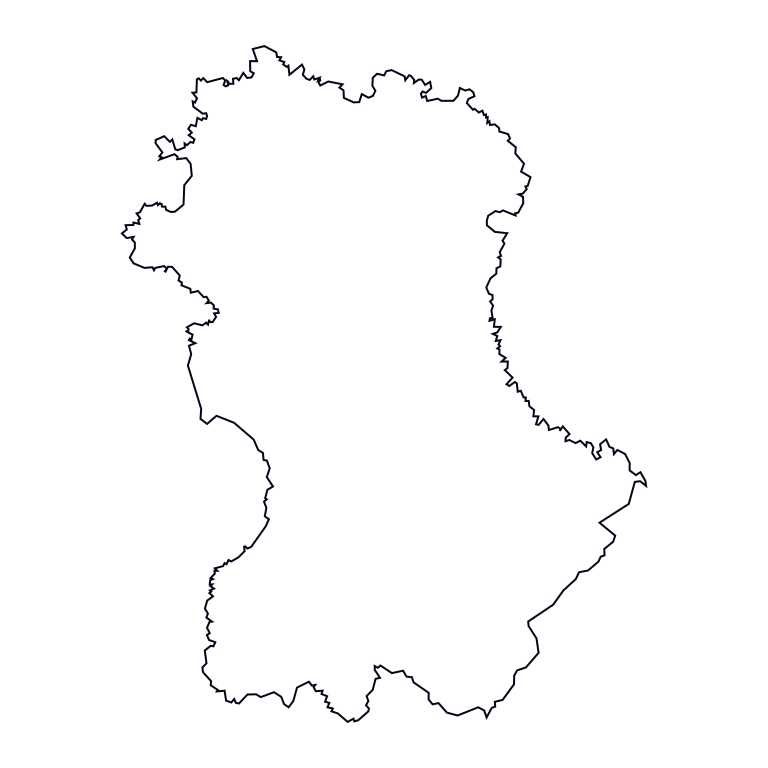 outline of Santo Amaro Abade, Tarrafal, Cabo Verde
{"feature_id": "66160863B37752467633472", "entity_name": "Santo Amaro Abade", "entity_type": "district", "adm_level": 2, "iso_a3": "CPV", "parent_name": "Cabo Verde", "parent_adm1": "Tarrafal", "projection": "mercator", "projection_center": [-23.726, 15.266], "detail": "fine", "context": "isolated", "style": "outline", "palette": "ink", "viewbox_px": 768, "rotation_deg": 0, "n_neighbors": 0, "source": "geoboundaries", "source_scale": "gbopen_adm2", "svg_char_len": 6037}
<svg xmlns="http://www.w3.org/2000/svg" viewBox="0 0 768 768"><path d="M486.6,717.5L491.7,707.9L495.2,706.6L494.8,701.8L502.6,699.9L514.0,684.3L514.2,675.6L517.1,670.4L526.0,667.4L538.6,652.8L536.5,638.4L528.6,626.1L528.2,621.5L553.2,604.7L563.4,590.4L575.7,579.2L579.1,572.2L588.0,570.5L598.4,561.7L600.7,556.7L604.5,555.4L604.3,548.9L613.2,541.7L615.2,535.6L599.5,522.7L628.8,503.9L634.8,481.9L640.1,481.2L646.1,485.9L645.4,480.9L640.4,472.2L635.9,475.1L629.6,470.4L629.7,463.1L625.1,454.0L617.4,450.0L613.9,454.1L613.3,448.4L609.5,446.9L606.1,439.4L600.1,444.2L601.1,450.1L597.2,452.2L600.6,457.2L596.2,459.5L592.2,453.2L593.4,447.4L590.8,443.1L586.7,442.1L586.1,446.4L580.3,440.7L575.6,443.1L569.3,440.0L565.5,441.2L565.7,437.6L569.5,434.1L562.8,426.4L559.8,430.9L560.4,428.7L557.9,427.2L548.9,430.0L548.4,425.5L543.5,419.0L538.6,424.9L536.0,424.3L538.4,416.4L533.4,416.3L534.1,410.0L529.4,406.3L528.7,400.9L525.5,401.0L525.8,397.5L523.6,397.4L520.8,390.8L517.7,391.7L516.8,383.3L514.9,382.0L509.2,386.0L506.5,384.2L512.6,377.6L504.8,370.1L507.5,368.0L507.8,361.5L501.6,361.6L505.6,357.8L499.4,354.1L499.5,349.5L497.3,348.5L500.1,346.2L498.5,344.5L500.5,340.2L495.8,340.9L497.3,336.0L492.9,333.9L497.3,332.4L500.8,326.9L493.9,326.8L494.8,319.3L489.5,320.8L489.9,318.3L492.6,317.8L491.4,310.5L493.1,305.6L490.1,301.4L492.6,299.3L492.5,295.1L488.9,293.7L486.3,287.5L490.5,278.3L496.3,273.7L496.5,268.2L500.3,266.5L500.7,259.4L498.1,257.4L501.0,255.9L499.7,252.2L504.4,243.7L502.6,240.6L507.2,233.2L494.9,231.9L486.9,225.3L486.8,220.9L488.2,215.7L495.4,211.1L499.9,212.2L502.9,210.4L515.6,215.5L515.2,213.3L518.2,212.7L523.3,203.2L523.0,196.9L518.5,194.4L522.8,193.6L526.7,189.1L525.4,186.5L527.7,185.9L530.5,177.1L521.1,171.6L524.0,163.7L515.3,153.4L515.8,147.2L507.8,140.8L510.0,138.5L508.1,134.1L499.4,131.5L499.1,128.1L494.9,124.4L490.0,125.0L489.4,121.3L487.3,123.0L487.7,117.1L486.0,117.5L486.1,114.5L483.9,115.0L482.4,110.7L478.8,112.5L474.6,108.8L473.0,109.8L466.8,103.0L468.4,99.0L474.5,96.2L473.2,92.2L469.5,89.3L465.2,90.5L459.8,88.0L458.0,95.6L453.4,100.8L441.3,100.8L437.8,98.7L427.2,101.0L425.8,96.0L422.1,97.6L420.9,93.8L422.6,91.5L426.1,92.9L431.3,88.0L430.1,81.9L425.1,84.9L421.7,79.7L418.9,79.5L413.9,83.0L414.2,79.9L411.0,76.0L409.2,75.2L405.3,80.2L404.7,76.4L391.7,70.1L386.3,71.2L384.2,75.4L377.0,73.8L372.8,77.8L372.4,85.9L375.4,90.8L372.9,95.9L368.5,97.7L361.8,94.1L359.2,102.1L353.7,102.4L343.9,97.9L343.5,90.3L339.4,87.6L342.5,84.3L328.3,81.5L320.3,85.5L318.5,82.4L320.2,80.3L320.0,79.4L318.3,80.3L319.7,77.7L314.3,79.5L313.2,76.3L309.8,79.9L306.6,78.9L302.8,74.8L304.4,69.5L302.0,64.6L289.4,74.8L288.4,65.7L286.8,66.9L283.2,64.4L284.3,62.0L279.4,60.4L281.1,57.2L277.1,57.0L276.3,52.4L264.4,46.1L252.8,49.0L257.0,61.2L250.1,61.1L250.2,71.2L253.8,73.3L251.5,77.4L247.2,78.0L243.3,72.9L238.9,80.2L236.7,78.0L233.0,78.8L233.4,83.8L229.2,83.8L228.1,81.6L227.3,81.0L228.2,85.3L225.6,86.4L223.5,84.9L225.3,80.6L222.9,78.0L207.2,82.2L203.3,78.1L200.9,80.6L198.8,78.3L196.9,79.4L196.4,92.4L192.5,92.7L197.0,98.2L195.0,102.6L192.7,101.4L193.4,106.7L202.8,113.7L206.2,113.2L207.1,116.1L206.2,118.9L202.9,118.2L201.8,120.2L197.4,117.9L195.8,126.2L190.9,124.8L188.3,128.9L191.8,132.6L188.7,135.2L194.5,139.3L193.2,142.8L190.4,142.0L186.9,145.2L184.6,143.4L184.8,147.4L177.7,150.2L175.3,149.3L172.3,139.5L169.9,141.9L164.2,136.2L155.7,140.0L155.6,143.2L162.4,152.5L159.3,156.3L161.6,157.3L159.8,159.5L174.5,154.2L177.6,156.8L177.2,159.2L186.2,158.1L190.6,163.8L191.8,175.8L184.3,185.1L183.5,204.6L175.1,211.6L170.9,212.0L166.0,209.8L165.4,206.6L162.0,206.6L161.7,204.0L159.4,204.1L160.7,202.6L157.8,205.2L157.0,202.7L152.2,205.5L146.6,205.9L144.7,203.8L139.9,212.3L136.6,213.4L140.2,218.4L138.2,220.0L139.3,223.9L133.5,222.5L133.3,225.0L125.6,225.2L126.8,229.5L121.9,233.4L126.7,238.1L133.6,236.9L132.0,239.5L134.8,242.5L134.9,248.3L129.8,257.5L133.5,263.3L144.4,267.9L152.4,267.2L154.0,270.3L155.2,267.9L164.1,266.1L166.9,268.5L164.9,271.2L165.5,271.6L168.0,266.7L172.1,266.9L179.8,275.6L178.5,280.5L181.9,282.6L181.5,285.3L190.3,288.8L190.8,292.7L198.0,291.0L203.6,297.1L206.5,296.8L208.8,300.7L206.6,303.1L210.9,302.6L213.9,305.4L213.6,308.6L217.9,309.4L218.7,312.9L214.1,313.4L216.1,316.9L212.6,322.1L209.5,322.0L209.3,319.7L208.0,324.6L206.2,322.6L202.5,325.3L194.1,323.3L186.9,327.3L188.6,329.1L188.0,331.9L187.6,331.4L186.6,331.2L186.4,331.5L192.6,334.6L191.3,340.0L189.8,338.7L188.9,340.1L195.3,343.2L189.0,345.7L191.2,354.2L187.9,365.6L201.2,408.9L200.5,418.9L207.1,423.9L216.5,415.8L234.1,422.8L253.7,439.6L258.2,450.0L262.9,452.9L263.6,460.0L266.9,460.6L269.7,468.3L266.8,477.1L273.0,486.5L267.4,489.8L265.2,498.2L266.7,499.3L264.0,501.6L266.4,507.9L264.8,516.3L268.9,519.2L265.8,526.2L251.2,546.9L247.3,548.5L245.3,546.4L244.1,546.7L244.6,551.2L238.5,557.3L231.1,561.5L228.5,560.0L226.6,564.2L224.6,563.1L223.1,566.1L214.9,568.3L217.3,570.8L214.5,570.7L214.8,573.6L210.6,578.1L212.8,579.1L210.2,580.2L209.7,584.6L212.2,584.4L210.5,586.2L214.0,588.6L209.9,590.4L211.2,591.6L209.4,593.1L213.0,596.3L207.2,600.6L204.9,608.6L207.9,613.5L206.4,617.6L212.0,621.6L209.5,622.0L207.0,627.7L209.7,633.2L206.9,635.1L209.1,640.0L215.3,642.2L213.4,646.3L210.7,645.8L204.8,650.5L206.5,663.3L202.4,667.5L203.0,672.2L211.1,681.1L210.7,685.2L217.8,690.0L216.9,691.4L224.6,690.7L226.1,700.6L231.3,702.5L234.2,699.0L235.8,702.8L239.0,703.5L247.5,694.5L256.1,694.3L260.8,697.1L274.0,692.2L281.3,696.9L284.0,704.0L288.6,707.3L293.3,701.1L297.0,687.6L308.9,681.7L311.8,685.5L315.2,685.0L313.6,687.1L315.8,691.2L322.6,690.7L321.5,694.0L327.1,696.2L325.1,701.7L329.3,702.9L327.5,707.3L332.8,708.5L331.4,711.3L337.8,713.4L347.7,721.9L353.5,718.7L354.3,721.4L358.2,720.3L368.4,711.3L368.9,708.4L366.0,705.3L368.4,701.0L366.6,696.1L372.7,689.9L375.6,678.8L380.0,677.8L374.8,670.0L374.7,666.0L377.8,667.8L380.4,665.5L391.9,673.1L403.1,670.7L406.5,676.6L411.9,677.2L413.5,682.3L428.7,692.8L428.6,699.5L432.6,704.3L438.5,703.1L446.9,712.6L457.6,715.5L478.2,707.3L484.2,710.5L486.6,717.5Z" fill="none" stroke="#020617" stroke-width="2"/></svg>